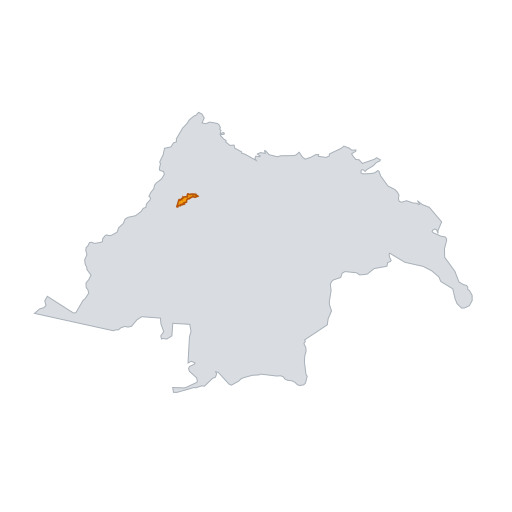 La Montañita, Caquetá, Colombia shown in context, rotated 93°
{"feature_id": "7082276B18236401251587", "entity_name": "La Montañita", "entity_type": "district", "adm_level": 2, "iso_a3": "COL", "parent_name": "Colombia", "parent_adm1": "Caquetá", "projection": "robinson", "projection_center": [-75.265, 1.373], "detail": "fine", "context": "in_parent", "style": "filled", "palette": "amber", "viewbox_px": 512, "rotation_deg": 93, "n_neighbors": 0, "source": "geoboundaries", "source_scale": "gbopen_adm2", "svg_char_len": 6853}
<svg xmlns="http://www.w3.org/2000/svg" viewBox="0 0 512 512"><g transform="rotate(93 256 256)"><path d="M293.1,52.7L288.2,55.0L278.5,57.8L271.8,70.1L267.3,72.3L261.7,79.6L257.6,88.6L254.5,107.0L246.2,122.6L246.9,123.2L250.2,122.6L253.3,120.8L254.4,121.4L255.6,124.1L259.4,124.8L262.4,137.4L268.1,143.8L268.7,146.3L269.5,151.5L267.5,154.7L266.9,166.3L268.7,169.1L273.0,170.3L275.9,177.5L277.6,179.2L280.3,180.3L286.5,179.2L297.9,180.4L300.6,180.2L306.9,177.7L315.0,180.7L321.0,181.2L337.2,203.0L338.8,202.3L340.9,203.6L345.0,201.4L348.5,201.0L353.2,202.1L359.3,202.1L371.6,199.9L373.4,198.6L380.1,199.9L382.1,201.5L383.1,205.5L382.3,208.0L380.0,210.6L378.7,213.8L378.5,217.8L377.3,220.7L375.1,222.6L374.3,225.3L374.8,228.9L373.7,245.3L374.6,246.7L375.3,253.4L378.2,262.1L379.5,264.6L381.9,266.7L386.3,273.9L385.3,276.3L374.2,287.6L373.7,290.2L375.8,289.1L379.2,290.2L380.4,292.9L388.7,300.7L388.6,303.7L390.9,309.6L390.5,310.9L396.3,327.7L396.5,331.3L391.7,332.3L391.5,321.0L390.8,318.7L385.4,308.7L384.3,307.9L380.7,309.0L374.7,316.4L371.9,317.5L369.7,316.5L367.4,312.1L366.0,311.3L364.5,315.0L366.4,318.3L339.9,318.2L334.8,316.9L327.7,318.6L327.6,335.6L340.1,335.8L343.6,340.7L343.3,344.6L343.8,346.1L340.8,346.9L336.4,344.2L328.7,347.4L323.0,348.2L322.6,366.9L326.0,371.6L332.7,376.6L333.7,380.1L333.2,383.3L334.8,387.3L337.0,389.5L337.0,391.9L338.1,394.6L324.9,474.2L320.3,469.4L318.6,465.0L316.3,463.2L311.9,464.6L307.2,462.3L322.5,435.3L322.0,432.9L309.2,426.3L307.9,424.6L301.8,421.1L298.5,422.1L296.5,423.9L291.9,424.4L288.1,421.6L283.7,419.7L278.3,424.2L276.7,424.2L272.9,426.2L268.8,426.9L263.5,424.9L259.2,426.3L256.2,426.0L255.1,424.6L251.3,423.0L250.9,421.1L251.9,417.8L250.3,411.2L249.7,410.1L246.8,410.0L243.4,407.6L242.7,406.2L243.4,403.5L242.8,401.3L239.5,396.0L234.9,394.6L230.5,390.2L226.0,388.7L224.0,385.6L222.1,378.5L217.5,373.0L214.3,371.1L213.2,368.5L209.9,368.2L205.4,364.6L203.4,364.4L202.0,366.1L197.9,364.3L194.3,361.7L190.6,361.0L188.3,359.4L183.9,354.3L179.2,351.8L176.5,352.7L175.6,356.5L174.0,357.1L168.6,356.2L167.7,357.0L166.3,356.8L159.7,354.0L153.2,353.0L151.5,346.6L147.4,344.4L146.1,341.4L143.2,341.7L132.0,335.9L127.4,331.9L123.5,329.7L119.4,325.2L118.7,323.4L115.5,320.8L117.1,317.4L120.9,314.9L125.9,316.9L126.5,312.9L124.7,309.5L125.6,301.6L126.9,299.8L129.6,298.3L131.3,298.9L132.4,297.6L136.5,298.2L137.7,297.6L140.8,294.5L142.2,291.9L143.6,292.2L146.9,287.9L146.4,283.7L149.5,282.8L152.7,275.8L154.1,275.6L154.9,272.3L160.6,260.8L158.5,262.2L156.3,261.4L156.7,257.5L156.0,257.0L154.1,260.0L152.5,257.0L153.0,252.1L150.4,253.0L150.5,251.9L154.2,248.1L155.8,239.7L154.6,236.6L153.8,223.9L153.1,221.5L150.1,218.3L154.9,214.7L156.7,212.0L154.5,206.3L151.6,201.6L151.5,198.7L153.2,199.0L153.9,191.1L152.3,188.1L150.3,188.1L143.9,176.4L141.7,174.0L143.4,168.4L145.3,166.0L144.9,161.7L146.2,161.9L148.9,165.8L150.1,165.2L154.4,161.5L154.5,158.1L158.0,154.6L153.1,142.6L151.5,140.8L153.4,136.9L154.6,137.2L156.5,140.9L159.5,143.3L164.0,150.0L165.9,151.5L164.5,153.0L164.2,154.5L164.9,155.4L167.4,155.6L168.4,153.8L167.7,145.7L166.7,141.7L164.3,138.8L165.1,137.6L169.7,135.6L179.2,127.9L182.4,120.7L184.9,118.1L187.7,116.4L191.2,116.8L193.9,115.9L194.7,113.5L192.9,108.5L194.9,101.7L194.9,98.2L196.2,96.1L195.7,95.3L192.3,97.7L195.8,92.9L198.3,85.5L212.2,72.4L221.1,75.6L224.0,75.4L220.3,77.0L219.7,78.9L221.0,80.9L222.4,81.4L223.5,80.2L226.5,72.5L227.0,68.3L228.3,66.9L230.2,66.4L239.0,68.2L247.4,67.5L260.9,56.6L271.2,52.0L273.7,47.5L274.4,44.2L276.2,42.8L278.2,42.9L279.3,41.0L284.0,38.1L289.1,37.8L294.4,40.3L296.9,44.8L297.3,47.9L293.1,52.7ZM136.6,296.8L136.0,297.3L134.8,296.3L134.4,295.0L135.1,294.0L136.1,294.3L136.6,296.8Z" fill="#d9dde1" stroke="#a8b0b8" stroke-width="1"/><path d="M197.5,328.1L197.7,327.9L197.8,327.9L198.0,327.8L198.4,327.8L198.5,327.9L198.5,328.0L198.5,327.9L198.8,327.8L199.1,327.9L199.3,327.8L199.5,327.7L199.5,327.8L199.8,327.8L200.2,327.8L200.3,327.9L200.5,327.8L200.5,328.0L200.4,328.3L200.5,328.5L200.6,328.8L200.6,329.2L200.6,329.3L200.5,329.5L200.5,329.8L200.6,330.1L200.6,330.3L200.8,330.5L200.9,330.8L200.9,331.0L201.0,331.0L201.1,331.3L201.2,331.5L201.3,331.6L201.3,331.8L201.1,332.0L202.1,332.0L202.1,332.4L202.1,332.5L202.4,332.7L202.4,332.9L202.5,332.9L202.6,333.0L202.8,333.1L203.0,333.1L202.9,333.2L203.1,333.3L203.0,333.5L203.3,333.7L203.3,333.8L203.3,333.7L203.4,333.8L203.5,333.8L203.6,334.0L203.8,334.0L204.0,334.2L204.1,334.3L204.2,334.5L204.2,334.8L204.1,335.0L204.3,335.1L204.2,335.1L204.3,335.2L204.2,335.3L204.3,335.3L204.2,335.5L204.1,336.0L210.9,337.7L211.0,337.6L211.0,337.3L210.9,337.2L210.7,337.2L210.6,336.9L210.4,336.9L210.5,336.8L210.4,336.8L210.5,336.8L210.4,336.7L210.5,336.6L210.4,336.5L210.3,336.4L210.2,336.4L210.1,336.2L210.0,335.9L209.9,335.8L209.9,335.7L209.7,335.6L209.7,335.4L209.8,335.3L209.8,335.2L209.7,335.3L209.7,335.2L209.7,334.9L209.7,334.7L209.6,334.4L209.5,334.5L209.5,334.4L209.4,334.3L209.4,334.2L209.2,334.0L209.2,333.9L209.2,333.7L208.9,333.5L208.7,333.5L208.7,333.4L208.7,333.2L208.6,333.3L208.6,333.1L208.6,332.9L208.5,333.0L208.4,332.8L208.4,332.7L208.1,332.6L208.1,332.4L208.0,332.2L208.1,331.9L208.0,331.6L208.1,331.4L208.1,331.2L208.0,331.3L208.0,331.2L208.0,331.3L207.9,331.3L207.9,331.2L207.8,330.9L207.7,330.9L207.4,330.8L207.3,330.7L207.1,330.8L207.1,330.7L206.9,330.5L206.9,330.4L206.7,330.4L206.8,330.2L206.7,330.2L206.8,330.2L206.7,330.1L206.8,330.0L206.7,330.0L206.5,331.0L205.9,328.2L203.6,328.1L203.4,328.0L203.3,327.9L203.1,327.8L203.1,327.7L202.8,327.5L202.7,327.4L202.4,327.0L202.5,326.9L202.5,326.6L202.6,326.4L202.5,326.1L202.3,325.7L202.2,325.6L202.2,325.4L202.0,325.2L201.9,325.1L201.7,325.1L201.7,324.8L201.6,324.7L201.4,324.6L201.3,324.4L201.1,324.5L201.0,324.3L200.9,324.2L201.0,324.0L201.0,323.9L200.8,323.8L200.8,323.6L200.7,323.5L200.6,323.3L200.4,323.1L200.4,322.9L200.4,322.7L200.1,322.4L199.8,322.1L199.6,322.2L199.3,322.1L199.5,321.8L199.8,321.6L200.0,321.5L200.1,321.3L200.3,321.3L200.3,321.2L200.4,320.9L200.4,320.4L200.6,320.2L200.6,319.9L199.3,317.0L199.2,317.1L198.7,317.3L198.8,317.3L198.8,317.5L199.0,317.7L198.9,317.9L198.8,318.0L198.7,318.2L198.6,318.3L198.6,318.5L198.8,318.5L198.9,318.8L198.7,318.9L198.7,319.0L198.4,319.0L198.5,319.3L198.3,319.4L198.2,319.4L198.3,319.5L198.2,319.6L198.1,319.8L198.1,320.0L198.1,320.4L197.9,320.5L197.7,320.5L197.8,320.6L197.7,320.8L197.6,321.0L197.5,321.3L197.5,321.5L197.4,321.6L197.4,321.8L197.5,321.9L197.5,322.1L197.4,322.3L197.4,322.5L197.5,322.5L197.6,322.9L197.5,323.0L197.5,323.3L197.6,323.5L197.7,323.8L197.6,324.0L197.9,324.1L197.9,324.3L197.9,324.5L198.0,324.6L197.9,324.8L198.0,324.9L197.9,325.0L198.0,325.3L198.0,325.2L198.0,325.4L198.0,325.5L198.0,325.9L197.9,326.0L198.0,326.1L197.8,326.6L197.7,326.7L197.8,326.8L197.7,327.1L197.5,327.4L197.5,327.6L197.6,328.0L197.5,328.1Z" fill="#f59e0b" stroke="#b45309" stroke-width="1.5"/></g></svg>